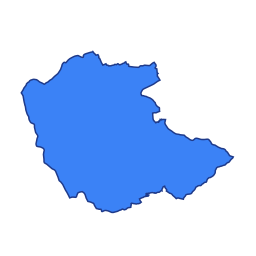 the district of La Estrella, Antioquia, Colombia, rotated 344°
{"feature_id": "7082276B46086591209782", "entity_name": "La Estrella", "entity_type": "district", "adm_level": 2, "iso_a3": "COL", "parent_name": "Colombia", "parent_adm1": "Antioquia", "projection": "orthographic", "projection_center": [-75.641, 6.139], "detail": "fine", "context": "isolated", "style": "filled", "palette": "blue", "viewbox_px": 256, "rotation_deg": 344, "n_neighbors": 0, "source": "geoboundaries", "source_scale": "gbopen_adm2", "svg_char_len": 5805}
<svg xmlns="http://www.w3.org/2000/svg" viewBox="0 0 256 256"><g transform="rotate(344 128 128)"><path d="M52.7,179.1L55.0,179.0L56.2,179.3L58.6,180.2L59.1,180.1L59.5,179.9L60.1,178.9L61.7,176.8L62.4,176.5L63.9,176.3L66.5,176.6L67.9,178.4L68.4,180.1L68.5,183.9L69.1,186.9L69.2,187.5L69.5,187.7L70.5,188.2L71.6,188.9L72.3,189.4L73.4,190.4L74.1,190.9L74.3,191.6L74.4,192.8L74.7,194.2L75.4,196.7L77.8,198.1L79.6,198.7L79.8,199.8L79.7,200.7L79.8,201.0L80.2,201.2L80.9,201.2L81.5,201.0L83.1,200.9L84.1,201.2L85.1,201.7L86.2,202.3L89.0,204.6L90.4,205.1L95.1,205.2L96.9,204.8L98.7,204.8L99.6,204.5L100.3,204.4L101.1,204.9L101.8,205.6L102.9,205.6L103.4,205.7L105.4,204.8L106.3,204.7L107.2,204.8L108.2,205.0L108.9,204.9L109.4,203.4L109.9,202.9L110.1,201.5L110.7,201.3L111.2,201.5L113.1,202.5L113.9,202.7L114.4,203.1L115.2,203.4L116.4,203.4L116.9,203.5L117.3,203.7L118.7,203.6L120.3,202.9L119.6,201.0L119.5,199.3L122.2,198.9L123.5,198.9L124.8,198.5L128.7,199.0L129.3,198.6L129.5,198.3L126.9,197.4L127.2,196.9L127.7,197.0L128.2,196.9L127.5,196.3L127.4,196.1L127.6,196.0L128.5,196.3L129.8,196.3L130.4,196.6L132.0,196.5L133.7,196.8L134.9,197.5L134.9,197.4L135.8,197.6L136.0,197.7L136.2,198.1L136.7,198.3L137.4,198.3L137.6,198.1L138.4,198.0L140.6,198.3L142.4,197.4L142.8,197.5L143.4,197.8L143.4,197.0L144.4,195.5L144.7,195.4L145.3,194.5L145.9,194.1L146.5,194.2L147.2,194.0L147.3,194.1L147.1,194.7L147.2,195.6L147.5,196.4L147.9,197.2L148.2,198.2L148.0,198.6L147.5,199.1L150.1,202.2L151.0,202.7L152.0,203.8L152.4,204.9L152.4,205.0L154.2,207.8L154.8,209.0L155.0,208.8L155.3,209.0L156.4,209.0L157.2,209.2L158.4,210.0L161.6,211.7L161.8,211.2L162.2,210.7L163.2,209.9L164.1,209.4L165.5,208.1L166.9,208.1L169.3,208.5L170.4,208.5L171.2,208.2L172.6,206.9L173.4,206.6L175.0,205.7L176.1,204.7L176.5,204.0L176.9,203.6L177.6,203.5L178.1,203.3L178.3,203.3L179.2,203.0L179.6,202.9L180.8,203.0L182.0,203.4L182.6,203.2L184.0,202.3L184.9,202.2L186.5,201.4L186.9,201.4L188.2,201.6L188.9,201.0L189.5,199.9L190.4,199.0L190.8,198.7L192.2,198.1L193.5,198.3L195.5,197.8L196.9,197.3L197.9,196.6L199.2,195.4L199.7,194.5L200.3,192.7L200.9,192.2L202.2,190.7L203.3,190.3L205.3,190.4L206.3,190.3L207.3,190.4L209.6,190.2L211.1,190.3L211.8,189.8L212.8,189.4L213.4,189.0L214.1,188.7L215.2,188.8L216.1,188.4L218.3,186.7L220.4,185.7L221.2,184.8L218.5,183.0L218.0,182.4L217.5,180.7L217.1,179.3L216.9,178.6L216.0,177.5L215.5,175.8L215.0,175.1L214.5,174.6L213.5,174.0L212.5,173.7L210.6,172.2L209.4,171.2L206.9,168.4L205.3,167.6L204.4,166.8L203.9,165.9L203.8,164.7L203.5,163.8L202.5,161.5L201.9,160.9L201.1,160.6L198.3,160.1L196.8,159.7L195.0,159.1L192.2,157.3L190.9,156.7L190.1,156.6L189.4,156.7L188.3,157.3L187.5,157.6L186.8,157.7L186.1,157.5L185.4,157.1L184.4,156.3L182.8,154.2L181.9,153.3L180.9,152.1L180.2,150.6L179.8,150.3L176.3,148.9L175.3,148.2L172.8,147.1L171.6,146.1L170.3,144.6L169.3,143.2L166.9,140.4L166.3,139.5L164.9,135.0L164.8,133.8L164.8,133.2L165.1,132.6L166.4,130.2L163.7,129.3L162.6,129.4L162.4,129.2L162.3,128.9L162.2,129.0L161.9,129.2L161.5,128.9L161.5,129.1L161.3,129.2L160.6,129.3L160.4,129.7L160.0,129.7L160.0,130.1L159.9,130.1L158.8,130.3L158.7,130.5L158.8,130.9L158.7,130.9L157.5,130.2L157.2,130.3L156.6,130.6L156.1,130.6L156.0,130.2L155.0,128.4L154.6,127.3L154.6,126.7L154.7,125.4L155.0,124.3L155.1,123.5L155.8,120.5L157.7,120.6L159.0,121.1L159.3,121.1L159.5,121.0L160.0,121.0L160.4,120.9L163.0,120.7L163.1,119.7L163.7,117.6L163.7,117.1L162.4,115.7L161.8,114.7L161.3,113.5L161.1,112.5L161.1,111.1L160.3,109.7L159.8,108.3L158.8,106.8L157.5,105.3L155.3,103.7L154.1,102.6L152.9,102.1L151.9,101.3L150.0,100.5L150.0,99.3L149.9,99.1L149.9,98.5L150.2,97.7L151.5,96.2L152.5,95.3L153.3,94.9L154.6,94.6L163.0,93.2L164.9,92.8L169.3,91.3L171.9,90.8L170.9,87.1L170.5,86.6L170.6,86.1L171.0,84.2L171.9,83.9L171.8,83.7L171.3,82.8L172.0,79.1L170.8,78.3L170.7,78.1L170.8,77.4L171.5,76.9L171.9,76.4L172.2,75.6L172.2,74.5L171.7,73.5L171.3,72.1L170.3,72.2L169.1,72.6L166.2,73.9L165.9,73.9L165.4,73.8L161.3,72.2L159.2,72.3L157.3,71.7L156.7,71.8L155.3,72.5L154.8,72.6L150.6,71.1L146.0,69.1L145.7,68.7L146.0,67.8L146.0,66.8L145.7,66.6L144.9,66.5L144.7,66.4L144.2,65.4L144.1,63.8L143.3,63.9L142.2,64.5L141.0,64.5L139.9,64.8L138.0,65.0L137.0,64.8L136.3,63.7L135.9,63.4L134.2,63.9L133.4,63.4L132.7,63.2L131.8,63.6L130.0,63.4L128.7,63.5L126.4,62.9L126.0,62.0L125.1,61.8L124.8,61.6L124.5,60.2L123.6,60.3L121.2,60.6L120.5,58.0L120.1,54.6L119.9,53.2L119.2,52.4L119.7,51.1L119.5,49.9L119.3,49.2L117.3,49.2L116.8,48.0L116.0,46.8L115.3,44.9L115.1,45.1L112.7,44.9L107.9,45.0L106.5,45.2L105.9,45.4L105.3,45.9L105.0,46.3L104.8,47.2L104.4,47.6L104.1,47.6L103.8,47.6L103.4,47.4L102.4,46.8L100.1,44.7L99.6,44.5L97.4,44.3L96.5,44.3L94.5,44.6L91.3,45.3L89.4,46.1L86.4,48.1L85.9,48.0L85.2,47.4L84.5,47.3L84.0,47.5L82.9,48.2L82.2,48.9L81.2,50.6L79.3,53.2L76.1,56.0L75.4,56.5L71.5,58.2L68.3,60.0L65.7,60.7L64.1,61.6L61.5,62.1L60.0,62.8L59.5,62.8L57.7,61.0L56.3,59.9L55.6,59.2L54.2,57.2L53.3,56.3L51.3,55.4L50.3,55.1L47.5,55.2L46.4,55.6L45.3,56.5L44.4,56.6L42.9,57.4L42.5,57.7L42.1,58.5L41.6,59.0L39.0,60.9L37.8,62.3L35.1,64.8L35.5,66.1L36.0,68.2L35.4,73.9L35.2,77.8L35.3,78.9L34.8,82.6L34.9,86.5L35.1,87.7L35.6,89.5L35.6,90.2L35.3,91.9L35.3,93.1L35.8,95.3L36.3,96.3L38.6,98.2L38.8,98.6L38.9,99.0L38.8,99.8L38.3,101.4L38.1,104.9L38.0,106.6L38.2,107.5L39.0,109.8L39.1,110.6L38.8,111.7L37.8,112.9L35.3,117.7L35.1,118.6L35.1,119.5L35.2,120.2L35.5,120.5L36.2,121.0L38.6,122.1L39.6,122.9L40.8,124.0L41.3,125.0L41.4,125.8L41.3,126.5L40.4,128.0L39.4,130.2L38.7,134.5L38.3,136.1L38.0,137.1L38.0,138.3L38.2,138.6L40.0,140.5L43.7,146.1L44.5,146.9L45.8,148.0L46.2,148.9L46.5,149.6L47.0,154.2L47.2,155.8L47.3,159.4L47.5,159.9L48.5,161.3L48.8,162.0L49.7,164.2L50.8,170.4L51.1,171.5L51.5,172.8L52.0,175.2L52.2,176.1L52.7,179.1Z" fill="#3b82f6" stroke="#1e3a8a" stroke-width="1.5"/></g></svg>